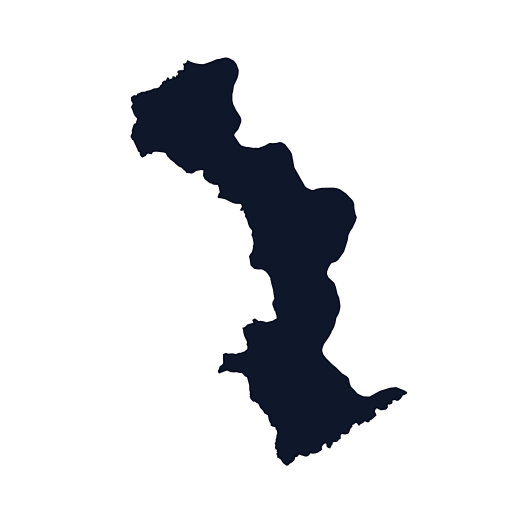 Beltrán, Cundinamarca, Colombia, rotated 141°
{"feature_id": "7082276B10333710753159", "entity_name": "Beltrán", "entity_type": "district", "adm_level": 2, "iso_a3": "COL", "parent_name": "Colombia", "parent_adm1": "Cundinamarca", "projection": "albers", "projection_center": [-74.723, 4.715], "detail": "fine", "context": "isolated", "style": "filled", "palette": "ink", "viewbox_px": 512, "rotation_deg": 141, "n_neighbors": 0, "source": "geoboundaries", "source_scale": "gbopen_adm2", "svg_char_len": 6053}
<svg xmlns="http://www.w3.org/2000/svg" viewBox="0 0 512 512"><g transform="rotate(141 256 256)"><path d="M281.9,404.7L278.6,403.9L276.8,404.6L276.0,404.5L275.0,404.2L272.9,401.6L270.7,402.4L268.7,401.4L266.5,399.6L261.8,394.8L260.8,393.0L261.5,388.7L261.2,387.6L261.2,385.2L259.8,379.6L259.9,378.5L258.9,373.9L257.7,372.1L256.8,365.4L257.0,364.5L254.9,362.7L254.0,361.3L252.3,360.7L249.1,360.5L247.7,360.0L246.9,359.4L244.6,358.3L243.5,357.2L242.4,356.6L242.2,356.1L242.2,355.4L246.0,351.3L246.8,348.0L245.5,342.2L244.7,341.0L243.8,340.5L244.0,339.9L243.8,339.0L241.8,336.9L240.4,336.1L240.4,334.4L241.1,332.5L243.6,327.5L245.1,327.4L248.1,325.6L248.0,325.0L246.6,323.7L243.6,319.9L240.0,312.1L238.3,309.8L234.4,306.5L234.4,304.5L235.7,302.4L238.7,301.3L238.0,300.5L236.8,300.7L236.3,299.8L236.3,299.0L237.5,296.9L237.1,295.3L239.0,293.2L239.2,290.8L239.9,288.5L241.4,285.3L242.3,282.3L242.2,278.7L242.7,277.3L243.8,276.1L245.8,274.8L246.1,273.0L248.2,268.8L250.0,266.0L251.5,265.3L253.2,263.2L256.7,260.8L258.3,260.6L261.2,259.5L262.4,256.9L265.4,252.0L264.9,247.7L262.1,244.5L259.6,242.8L258.3,240.3L257.5,238.1L257.4,234.8L258.0,229.4L259.1,228.2L259.5,226.8L261.0,224.2L263.4,218.6L266.2,214.1L266.4,213.3L267.0,212.8L267.8,210.9L271.9,209.1L273.2,207.7L275.3,201.7L275.1,200.3L276.1,198.9L276.6,197.2L278.4,194.1L279.0,193.7L283.9,194.5L290.2,197.4L292.0,200.3L293.5,202.0L295.6,203.3L296.4,206.5L296.7,207.5L297.1,207.8L298.7,207.9L299.2,205.9L300.2,204.5L301.7,205.7L305.9,207.5L309.2,207.0L311.4,207.8L311.6,206.8L312.5,205.3L313.2,204.5L314.8,201.0L316.4,194.5L317.2,193.6L318.4,192.8L318.7,191.2L319.2,190.4L320.0,189.3L321.1,188.6L322.3,188.3L323.6,188.5L325.7,188.3L326.8,189.1L328.7,189.5L330.7,190.9L333.3,191.6L334.9,193.1L336.0,194.6L339.7,197.1L340.8,199.0L343.1,199.7L348.5,192.8L350.3,192.1L353.6,192.3L355.4,191.0L357.4,190.1L357.9,189.4L358.0,188.5L350.1,185.9L348.3,182.3L345.7,179.8L343.9,178.7L341.6,175.7L339.8,174.6L339.6,169.8L339.3,168.9L338.6,168.3L338.4,167.6L341.9,159.6L345.1,155.4L345.9,153.5L347.4,151.9L347.6,150.9L348.8,150.2L349.4,148.3L349.3,145.2L348.8,144.6L347.6,144.2L347.7,143.1L346.6,140.3L346.6,138.6L347.6,135.4L347.2,131.0L347.8,128.7L346.2,124.6L348.2,121.0L349.2,118.3L349.2,116.8L350.4,114.8L349.7,113.1L349.0,112.7L348.0,111.0L348.1,110.2L348.9,108.9L348.9,107.1L350.4,104.4L352.6,103.0L354.4,101.2L355.7,100.5L356.7,99.0L358.8,98.0L359.5,96.2L361.4,94.6L361.6,93.5L360.9,92.3L360.9,91.8L362.2,90.8L362.6,89.1L363.2,88.8L364.2,88.8L364.1,87.7L365.4,86.0L364.1,82.9L364.6,78.0L363.7,74.5L362.7,73.8L360.4,74.1L357.5,73.6L354.9,73.9L352.0,75.9L350.0,74.7L347.2,75.5L343.2,69.4L341.8,68.7L341.1,68.5L337.2,69.3L336.4,67.8L335.5,67.0L333.6,65.8L331.5,65.0L327.3,64.6L326.7,64.9L326.1,66.2L324.2,67.4L321.6,67.9L320.2,67.7L319.3,67.0L318.9,66.1L319.0,65.1L320.1,63.6L320.3,62.9L319.7,61.2L319.2,60.7L316.5,62.0L315.2,62.2L314.4,63.3L313.5,63.6L312.1,63.1L311.0,62.1L309.8,61.5L309.0,61.4L307.5,61.9L305.4,61.5L304.7,62.4L304.1,63.6L301.3,64.7L298.6,61.8L296.3,60.8L295.4,60.7L291.1,63.2L289.0,63.3L288.0,64.7L287.4,64.9L285.9,64.3L283.7,64.4L282.5,63.6L282.0,62.5L282.2,60.0L281.1,60.3L277.6,59.6L275.5,59.9L274.4,59.0L273.8,57.3L272.6,56.5L272.0,56.7L271.7,57.6L271.4,57.8L269.5,56.8L263.2,57.0L262.6,58.6L262.5,60.1L262.0,60.9L260.1,62.2L258.3,62.4L257.3,62.2L255.6,58.1L251.6,55.7L250.6,55.6L249.2,56.0L248.1,57.7L247.2,58.4L246.2,58.3L245.4,57.1L243.5,56.5L242.8,56.7L241.6,58.2L241.0,58.5L238.8,57.7L238.0,57.0L237.3,55.4L236.1,54.7L233.2,54.8L229.9,55.9L228.8,55.9L227.6,55.2L225.7,54.9L225.2,55.1L225.2,55.8L225.9,57.6L230.1,65.4L235.2,68.7L244.8,72.5L256.8,74.7L261.5,79.0L264.3,84.6L265.1,95.0L263.9,98.4L261.7,102.4L261.8,105.2L263.7,110.3L264.6,118.8L265.8,124.8L266.5,132.6L266.4,137.0L265.3,140.2L264.3,141.8L262.4,143.4L258.7,145.5L249.9,148.0L246.1,149.6L246.2,149.9L240.8,152.0L236.9,154.5L233.1,157.8L227.9,160.0L226.1,161.2L223.3,163.5L221.9,165.3L218.3,171.4L217.2,175.6L214.1,181.9L212.8,185.8L213.9,193.6L213.0,197.4L211.1,199.7L207.2,202.0L202.4,203.7L200.5,203.3L197.8,202.1L194.7,201.9L185.3,204.5L175.5,210.9L171.4,214.7L167.2,216.7L163.9,217.6L160.3,219.3L156.9,221.0L153.8,223.2L153.1,225.9L150.3,231.3L147.6,235.0L147.0,236.7L146.6,238.7L147.4,247.9L149.5,254.8L151.4,257.8L153.5,260.0L162.7,267.2L167.0,269.5L170.2,270.4L172.0,272.1L174.4,277.0L174.6,279.8L171.2,300.8L164.6,312.9L164.1,315.4L163.8,324.4L165.3,328.0L166.4,329.1L169.0,330.2L172.6,332.6L174.5,334.6L180.4,335.6L184.8,337.3L185.4,336.8L189.3,340.3L190.1,340.6L193.8,344.9L194.8,345.8L195.2,345.8L198.4,350.6L199.0,354.5L198.7,354.5L197.9,363.1L197.2,364.5L195.4,365.3L190.1,366.3L183.6,370.0L182.0,372.0L181.2,374.3L180.4,381.8L178.8,388.8L176.9,392.4L173.1,397.1L170.4,399.1L166.5,402.8L158.9,406.5L155.4,409.1L153.0,411.8L151.0,417.9L151.1,421.7L153.3,426.9L155.1,428.8L158.5,430.6L160.2,431.2L163.3,433.1L167.9,434.3L176.4,437.4L179.6,440.2L183.2,444.4L185.3,447.9L186.4,450.4L187.9,449.6L189.0,449.4L190.4,449.7L191.4,450.4L191.6,449.9L191.4,449.1L193.8,446.6L193.9,445.5L194.3,445.1L195.0,445.1L195.6,445.7L195.8,445.0L196.3,445.0L197.4,446.8L199.6,448.2L200.3,448.3L200.9,447.7L200.7,446.7L200.9,446.3L202.6,445.5L202.6,444.4L203.6,444.1L204.2,444.5L204.3,445.5L206.1,444.5L206.7,444.6L207.2,446.8L207.9,447.2L208.7,446.2L209.5,445.9L211.4,446.8L212.7,446.8L212.9,447.3L212.4,449.2L212.8,449.7L215.5,448.2L216.2,448.4L217.0,449.3L219.2,449.4L221.1,448.0L223.1,448.1L224.2,447.4L227.1,447.7L230.4,449.9L232.6,450.3L236.1,451.7L237.2,452.5L238.9,452.7L242.0,454.9L245.5,455.7L246.1,456.1L247.0,455.4L247.7,455.2L249.3,456.3L249.9,457.1L252.8,457.3L254.3,455.5L254.7,454.6L255.0,451.9L256.4,450.7L258.1,450.4L258.9,449.7L259.4,447.2L260.8,443.7L261.3,441.1L261.1,437.9L261.4,437.1L262.2,436.3L264.1,435.3L265.0,434.1L265.8,434.0L267.5,434.6L268.3,434.4L272.7,431.4L273.6,430.5L274.4,429.0L276.9,428.0L277.8,427.1L278.3,424.5L277.8,422.7L278.2,421.9L280.5,412.8L281.0,411.9L280.9,410.9L280.3,410.3L280.1,409.6L281.3,408.4L282.0,407.0L281.9,404.7Z" fill="#0f172a" stroke="#020617" stroke-width="1.5"/></g></svg>